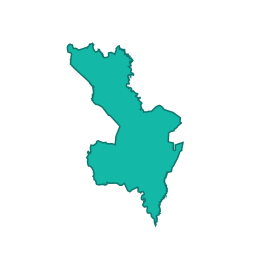 Bougouni, Sikasso, Mali (Equal Earth projection), rotated 156°
{"feature_id": "8926073B95704920034733", "entity_name": "Bougouni", "entity_type": "district", "adm_level": 2, "iso_a3": "MLI", "parent_name": "Mali", "parent_adm1": "Sikasso", "projection": "equal_earth", "projection_center": [-7.39, 11.295], "detail": "fine", "context": "isolated", "style": "filled", "palette": "teal", "viewbox_px": 256, "rotation_deg": 156, "n_neighbors": 0, "source": "geoboundaries", "source_scale": "gbopen_adm2", "svg_char_len": 5909}
<svg xmlns="http://www.w3.org/2000/svg" viewBox="0 0 256 256"><g transform="rotate(156 128 128)"><path d="M127.5,48.0L126.5,48.4L126.7,48.9L126.6,49.2L125.5,48.7L124.5,49.3L124.5,49.8L123.9,49.2L123.4,50.1L122.6,50.0L122.6,50.4L123.2,50.9L122.8,51.2L122.3,51.6L121.7,51.2L121.0,51.6L120.9,51.2L120.5,52.7L119.4,52.7L119.0,53.1L118.6,54.6L118.0,54.3L117.6,55.6L117.4,55.6L116.9,56.9L117.4,57.0L117.0,57.6L117.2,58.0L117.0,58.6L117.1,59.2L116.4,59.5L116.3,60.0L117.1,60.2L116.8,61.0L117.0,61.5L116.6,62.1L116.9,64.2L116.2,64.6L116.4,65.0L115.9,65.4L115.9,65.9L115.1,66.4L115.1,67.2L113.9,67.7L113.6,67.4L113.4,68.3L112.7,68.3L112.0,69.1L112.5,69.0L112.4,69.8L111.2,70.5L111.0,71.2L110.7,71.5L110.5,71.1L110.1,71.7L109.7,71.7L108.8,71.1L108.2,71.0L107.9,71.2L106.8,71.0L106.8,70.7L106.0,70.7L103.7,74.1L101.7,75.0L94.8,80.6L90.0,85.5L88.0,85.6L87.7,86.7L83.6,92.4L91.4,93.2L92.1,92.3L93.3,89.7L93.5,88.7L94.3,88.4L95.1,88.8L95.5,89.7L93.9,93.2L93.3,93.9L92.7,95.8L96.9,98.9L92.9,107.0L89.9,107.4L87.3,106.7L85.7,108.3L84.6,108.2L82.6,108.9L81.8,109.6L77.5,110.8L77.2,111.1L78.1,112.1L78.1,112.5L76.0,115.9L80.6,123.9L87.4,130.0L88.4,133.5L89.8,135.7L92.1,136.1L94.2,135.8L99.9,133.6L102.4,134.9L103.3,134.7L107.1,136.1L106.8,137.3L107.2,139.1L107.8,139.8L109.1,139.4L109.2,139.9L107.3,141.4L107.4,142.3L106.9,144.5L106.1,144.5L105.8,145.0L105.4,145.0L105.4,145.9L106.2,147.0L106.9,149.3L107.2,149.2L107.3,149.8L107.1,150.1L104.7,150.4L104.6,151.0L106.6,151.3L107.1,152.5L108.2,153.8L107.5,154.5L106.5,154.3L105.3,155.1L105.3,155.5L107.0,156.7L108.0,159.6L110.0,159.7L110.2,160.4L110.0,161.0L109.3,160.9L108.9,161.7L109.0,163.3L109.5,164.0L110.1,164.2L110.7,163.7L111.4,163.8L111.3,165.4L112.4,165.8L112.3,167.4L111.1,168.8L109.2,167.9L108.8,168.2L108.7,168.5L109.0,169.5L108.0,170.9L108.0,171.5L107.2,171.3L107.1,171.9L107.4,172.9L106.8,173.3L106.9,174.0L107.5,174.5L107.4,175.0L106.9,175.2L106.4,176.2L105.2,176.2L104.9,175.8L104.7,173.9L104.3,174.6L104.3,175.8L102.3,175.0L101.7,174.1L101.2,174.3L101.3,175.9L102.7,177.2L102.6,178.4L101.5,179.5L101.0,181.5L101.9,182.5L102.5,183.8L99.9,183.6L99.8,185.0L100.0,185.8L98.7,186.3L98.3,186.1L98.6,186.5L99.9,186.8L99.8,187.5L99.3,188.1L98.8,188.3L98.1,187.1L97.0,187.0L96.9,188.6L96.2,188.3L96.6,189.7L96.6,190.4L97.8,190.6L98.3,191.6L97.5,191.7L97.1,192.7L98.7,193.8L99.0,193.5L99.6,193.7L99.6,194.1L99.3,194.6L98.6,194.7L97.9,194.4L98.0,195.5L98.3,195.6L98.8,195.3L99.6,195.7L99.6,196.5L99.9,196.7L100.6,196.2L101.2,196.6L100.4,197.4L100.5,198.0L99.9,198.4L99.8,200.1L100.3,199.9L100.3,200.2L99.9,200.8L99.5,200.4L99.2,201.0L100.3,201.6L101.0,201.1L101.9,201.4L102.1,201.7L102.0,202.0L101.4,201.8L101.2,201.8L101.3,202.2L102.0,202.5L102.6,203.9L103.7,203.6L103.6,204.1L103.0,204.5L103.1,205.4L102.6,206.5L103.7,206.7L106.5,205.5L106.9,204.0L108.5,202.6L110.0,200.7L112.5,203.8L114.7,204.5L115.4,204.3L116.2,202.2L116.8,201.2L117.4,201.0L119.0,201.2L121.5,202.2L121.5,203.5L122.0,204.1L121.3,204.5L121.2,205.2L121.6,205.5L121.2,205.6L121.5,206.5L121.2,206.7L121.8,207.2L122.0,208.5L122.4,208.5L122.4,209.3L122.8,209.7L122.7,210.8L122.3,210.8L122.4,211.3L123.0,211.2L123.2,211.7L123.7,210.8L125.2,210.2L125.9,210.5L126.5,210.4L127.3,211.9L127.4,214.6L126.9,217.0L125.5,217.9L125.5,218.4L126.2,219.0L126.1,219.4L126.7,219.0L127.3,219.8L128.2,219.7L128.9,220.2L129.5,219.8L130.1,218.8L131.9,218.4L132.6,217.7L133.3,218.4L141.2,219.2L141.9,219.8L142.4,221.0L143.1,221.8L143.9,222.4L145.1,222.5L145.4,222.9L145.6,224.1L145.1,225.9L145.3,226.9L146.1,227.1L146.8,228.1L147.9,228.2L149.5,227.5L150.7,226.1L151.9,222.1L151.4,221.3L149.5,219.8L149.6,218.2L151.4,215.7L151.8,214.2L152.7,214.0L152.9,212.5L153.8,211.3L153.9,210.5L154.6,209.9L152.8,204.7L145.2,187.2L144.5,185.3L144.8,184.7L144.3,184.4L144.4,184.0L144.2,183.6L144.4,183.3L143.8,181.9L144.0,181.6L143.3,180.2L142.5,180.2L142.5,179.9L142.5,179.1L143.2,178.7L143.6,178.9L143.6,178.1L143.3,178.0L144.0,177.9L143.8,177.3L144.5,176.5L144.2,175.5L144.9,175.1L145.3,173.7L145.9,173.6L146.4,172.9L145.8,172.9L145.9,172.6L146.5,172.0L147.1,172.3L147.2,170.9L147.7,171.2L148.4,169.5L149.2,169.6L149.0,168.3L149.5,168.2L149.5,167.9L148.8,167.6L149.1,166.9L148.9,165.2L147.8,162.7L145.7,161.4L142.8,157.2L140.6,147.6L139.3,146.7L134.6,132.9L142.3,125.3L146.5,117.9L149.0,120.1L153.5,122.1L154.1,123.9L156.7,124.5L160.5,128.5L162.3,128.3L162.9,126.9L166.9,126.1L168.7,127.4L170.5,125.1L171.4,122.0L172.1,120.7L172.7,120.1L173.3,120.4L173.2,121.5L173.8,122.8L174.7,122.4L175.0,121.5L174.6,121.0L174.6,119.9L177.8,117.6L177.3,116.7L177.6,115.1L178.7,113.8L179.4,111.3L179.5,109.4L178.0,108.6L177.7,108.0L177.2,106.2L176.9,103.3L176.9,102.7L177.7,101.3L177.3,99.8L179.0,98.3L179.6,98.1L179.1,96.9L180.0,94.7L178.9,93.3L179.3,92.2L179.1,91.4L179.6,90.1L179.5,89.4L178.5,88.4L176.9,87.6L174.5,87.0L173.2,86.1L172.7,86.4L172.2,85.2L171.8,85.5L170.3,85.0L169.1,86.8L167.9,85.3L160.6,82.2L158.7,79.0L157.0,78.2L153.8,79.0L153.7,70.9L152.2,69.0L149.4,69.9L143.9,70.1L144.1,69.8L143.8,69.5L143.2,69.4L143.2,68.4L144.4,66.6L144.5,65.4L143.6,65.0L142.8,63.5L141.5,64.3L140.5,63.9L140.0,63.4L139.8,61.9L140.0,61.3L140.7,60.5L142.3,60.8L144.1,59.0L144.7,57.3L144.2,56.6L143.8,56.3L143.1,56.3L142.1,57.2L141.6,56.6L141.3,55.9L141.5,55.3L142.0,54.6L142.1,55.0L143.4,54.6L143.8,53.4L145.8,51.9L145.5,49.7L144.8,48.9L143.2,48.9L142.6,48.2L142.8,47.2L144.3,44.8L144.7,43.2L144.6,42.5L144.1,42.0L142.8,41.9L142.1,40.7L141.9,39.5L142.6,37.8L142.0,35.7L141.2,34.7L141.1,33.8L142.1,31.3L142.5,29.5L142.2,28.6L142.4,27.8L141.8,28.2L141.6,29.6L140.9,30.6L140.3,31.0L140.0,30.6L139.6,30.7L139.3,31.8L138.7,32.2L138.5,33.4L138.2,33.5L138.1,34.3L138.3,34.8L137.9,35.1L137.8,35.9L136.7,36.4L135.0,36.1L134.1,37.4L133.6,37.2L133.9,38.3L132.6,38.6L132.5,39.5L132.1,39.7L131.4,41.9L131.8,43.1L131.2,43.9L131.3,44.8L130.5,44.3L129.8,45.4L129.5,47.2L128.9,46.6L128.5,47.2L127.4,47.5L127.5,48.0Z" fill="#14b8a6" stroke="#0f766e" stroke-width="1.5"/></g></svg>